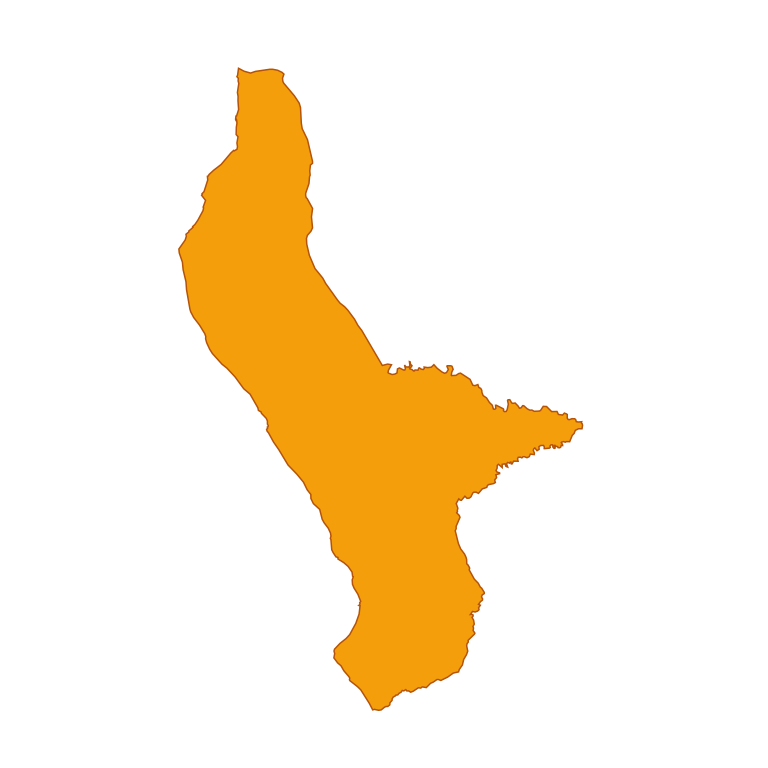 outline of Lautém, Lautém, East Timor, rotated 266°
{"feature_id": "22284137B78833871172178", "entity_name": "Lautém", "entity_type": "district", "adm_level": 2, "iso_a3": "TLS", "parent_name": "East Timor", "parent_adm1": "Lautém", "projection": "orthographic", "projection_center": [126.918, -8.447], "detail": "fine", "context": "isolated", "style": "filled", "palette": "amber", "viewbox_px": 768, "rotation_deg": 266, "n_neighbors": 0, "source": "geoboundaries", "source_scale": "gbopen_adm2", "svg_char_len": 6126}
<svg xmlns="http://www.w3.org/2000/svg" viewBox="0 0 768 768"><g transform="rotate(266 384 384)"><path d="M332.6,578.6L332.5,575.5L333.0,573.2L335.2,572.7L336.0,571.8L336.3,569.1L335.5,566.3L335.8,565.2L337.2,564.4L340.8,564.7L341.4,564.0L342.4,561.9L340.6,560.0L341.3,556.4L341.6,555.8L344.5,554.7L344.8,549.3L350.2,544.6L350.6,541.3L346.8,538.4L346.2,537.3L346.2,535.8L346.3,531.9L347.7,529.7L347.7,527.7L349.3,525.1L352.6,521.9L352.7,520.8L350.7,519.1L350.4,517.4L352.7,516.2L355.9,513.5L355.7,511.2L356.3,510.0L359.6,508.4L359.6,506.6L358.9,506.1L355.2,506.6L349.9,505.1L348.1,504.0L348.1,502.1L349.0,501.3L350.4,501.6L351.0,501.2L355.0,494.5L355.0,493.8L351.8,493.8L351.1,492.7L351.4,491.4L355.3,490.5L358.2,487.9L363.0,485.3L365.5,482.1L368.8,481.1L370.9,481.1L372.9,480.2L373.9,478.4L376.9,477.6L376.0,474.6L376.6,472.5L382.6,470.2L389.5,461.1L389.2,459.2L387.6,456.5L387.7,452.0L388.1,451.7L391.3,452.5L393.8,454.0L396.9,453.1L397.5,452.0L397.8,448.3L397.2,448.0L394.0,449.2L391.0,447.1L390.5,445.1L392.0,442.6L395.9,438.2L399.8,435.1L397.5,432.4L397.3,428.7L398.1,425.2L396.7,425.3L395.7,424.1L396.3,422.0L397.6,420.5L397.5,419.9L395.4,418.8L395.8,416.2L395.6,415.5L395.0,415.3L395.0,414.3L396.5,412.9L397.4,410.7L398.5,411.2L399.2,412.6L400.4,413.2L401.8,411.8L404.3,411.6L404.6,410.9L400.6,411.1L399.2,409.9L399.5,407.1L401.5,405.8L397.7,406.4L396.5,405.7L396.5,404.7L398.9,400.5L398.1,398.5L394.1,397.7L393.1,395.4L392.9,392.7L394.6,389.2L395.1,388.8L397.4,389.4L402.7,392.8L403.6,389.0L402.6,383.6L438.9,365.6L444.2,362.1L450.7,359.1L460.1,353.1L463.7,350.2L467.7,345.8L470.8,343.6L488.4,332.8L493.9,330.3L504.0,323.2L517.6,318.5L528.8,316.7L534.6,316.8L537.7,318.0L541.5,321.8L544.8,323.6L555.8,323.3L564.1,325.0L574.3,320.3L575.5,319.3L577.7,319.0L579.8,319.2L589.1,323.1L596.0,324.2L597.5,324.9L601.7,324.8L607.6,325.9L609.1,328.1L611.2,328.2L633.1,324.7L644.4,320.2L649.9,319.7L665.5,320.0L670.1,319.0L677.7,314.7L691.0,305.0L692.9,304.2L696.2,304.1L700.1,305.8L702.0,304.0L704.4,299.8L705.7,295.0L705.9,291.9L704.8,277.5L703.5,272.6L705.8,266.2L709.1,260.9L702.3,259.5L700.8,258.7L699.1,260.0L696.5,259.6L693.9,260.1L685.0,258.1L681.1,258.5L676.8,258.1L667.9,258.1L661.6,255.6L661.6,255.0L658.4,254.4L657.7,254.6L658.4,255.1L657.7,255.4L654.4,255.5L650.5,254.6L643.1,253.9L640.9,255.6L634.7,254.1L630.9,254.4L628.4,253.7L627.0,250.8L627.5,250.3L625.2,247.4L614.4,236.9L609.2,229.1L605.3,224.2L603.7,223.1L603.5,222.3L599.8,222.4L596.8,221.2L588.5,217.9L586.5,215.7L585.9,215.9L585.0,215.2L579.6,218.8L573.0,215.9L572.3,216.3L569.5,215.5L560.5,209.8L556.3,206.5L554.4,204.1L553.6,204.4L550.3,200.0L549.3,199.9L547.2,196.9L545.1,197.1L541.5,195.7L533.0,188.8L529.0,188.9L519.6,191.4L512.0,191.6L499.8,193.6L491.8,193.6L472.3,195.6L469.5,196.2L463.6,198.8L455.6,204.1L446.7,208.7L443.9,209.5L441.5,209.2L437.5,210.0L430.9,212.5L426.4,214.9L415.0,223.8L410.9,228.3L401.5,235.9L389.1,243.7L383.2,249.7L369.1,256.5L366.4,256.9L364.7,259.4L363.3,259.7L358.0,264.1L355.3,265.1L352.1,264.9L350.5,265.7L349.5,265.4L349.2,264.6L348.0,264.8L346.9,263.7L345.1,264.1L343.3,265.4L333.9,269.7L325.8,274.5L309.9,282.6L300.0,290.9L291.7,296.8L283.8,300.0L278.9,303.3L274.9,303.1L269.6,305.2L263.4,311.1L253.4,312.9L249.7,314.6L244.1,318.3L239.1,320.2L236.0,320.5L233.6,319.7L232.5,320.2L222.3,320.3L219.4,321.5L214.9,324.0L214.2,325.9L212.6,325.9L208.6,331.4L204.5,335.5L198.6,339.0L194.4,339.3L193.9,339.9L190.8,338.6L186.3,338.6L182.5,339.9L176.1,343.3L168.7,345.6L167.5,344.5L166.5,344.8L165.4,344.0L164.9,344.4L164.7,343.7L164.2,344.6L156.2,343.1L147.2,339.2L136.4,332.3L132.7,328.4L128.3,322.0L123.0,316.2L121.1,315.5L118.5,316.0L114.3,314.9L109.0,318.3L106.0,321.4L100.8,323.9L94.6,328.5L93.1,329.3L91.3,328.9L90.3,329.4L84.0,336.4L80.5,339.5L66.4,347.1L59.7,350.0L60.1,351.7L58.9,355.9L59.1,358.5L61.5,361.9L62.1,363.3L62.1,365.3L63.5,367.4L65.6,367.7L67.9,370.0L69.4,370.2L71.0,371.3L72.2,373.8L72.8,374.1L72.9,376.0L74.5,377.6L75.2,379.4L77.0,380.8L76.5,382.4L77.6,384.4L76.2,385.4L76.1,387.2L74.7,389.1L75.4,391.5L78.6,397.2L78.1,399.5L79.2,401.0L78.2,405.0L82.2,409.6L83.2,412.4L85.5,416.2L85.4,417.7L84.3,420.0L87.2,427.1L90.8,432.9L91.6,438.3L94.0,439.2L98.2,442.6L103.7,444.3L108.2,447.4L111.7,448.9L117.0,448.2L119.2,448.7L120.7,450.1L122.4,450.0L128.1,456.7L129.1,457.3L131.9,455.7L134.4,456.3L135.8,455.8L138.2,457.3L142.2,456.9L145.1,455.5L145.9,456.5L147.3,456.8L148.2,455.3L148.1,454.1L150.9,456.4L150.2,459.0L150.9,461.4L151.9,462.8L152.6,463.1L154.1,462.7L156.6,464.7L157.6,462.9L160.2,465.1L161.5,467.1L162.7,467.4L164.8,466.4L166.8,467.3L167.9,469.4L169.1,469.5L173.5,467.2L174.7,465.9L178.7,464.1L183.0,460.5L192.7,456.0L194.3,456.6L195.0,456.4L197.6,455.2L198.9,454.0L202.9,454.2L205.2,453.8L208.7,452.5L214.1,449.0L219.6,447.1L232.7,444.8L234.6,445.9L236.9,446.0L245.7,450.5L247.6,449.9L250.5,447.5L251.5,448.4L252.3,448.2L255.0,449.0L259.7,447.7L264.2,450.6L262.9,451.8L262.6,453.1L266.4,456.9L264.2,458.8L264.2,461.0L265.3,462.8L269.1,465.0L269.8,466.1L269.7,468.3L268.3,470.6L272.5,474.7L273.7,479.3L275.2,479.9L276.3,481.1L277.0,486.3L277.9,488.2L280.6,487.7L282.8,489.8L285.7,489.3L286.5,493.1L287.3,493.1L288.3,490.6L289.8,489.7L292.2,491.0L294.7,491.2L295.7,492.1L295.9,492.6L292.4,496.1L295.6,496.3L296.0,499.1L293.3,499.9L292.5,501.6L295.8,500.7L297.1,501.8L296.3,503.8L297.2,504.4L297.3,505.1L295.4,505.4L295.3,506.1L298.0,507.9L297.6,512.4L300.1,512.0L301.5,512.8L301.5,514.9L300.7,516.4L301.6,517.4L301.8,518.7L300.5,521.5L301.4,523.8L303.9,525.1L303.1,528.9L304.6,529.2L307.4,528.3L308.9,528.9L309.7,530.0L306.8,532.0L308.0,534.2L310.7,534.2L311.7,536.0L311.6,538.9L310.0,539.5L308.4,539.3L308.3,539.8L308.5,544.6L309.0,545.4L310.5,545.2L311.7,546.5L311.5,547.9L309.2,548.1L307.9,549.1L307.9,550.0L308.5,550.3L310.3,549.5L310.8,549.6L310.9,550.3L309.8,551.3L309.5,552.8L308.4,553.1L308.1,554.8L308.6,555.8L310.4,556.5L310.1,557.9L311.2,557.9L313.1,556.7L313.6,557.0L314.0,559.3L313.3,560.7L313.8,561.9L313.5,565.2L319.6,568.2L321.4,570.2L324.4,571.6L325.8,575.0L325.5,578.4L329.0,579.2L330.6,578.9L331.3,578.2L332.6,578.6Z" fill="#f59e0b" stroke="#b45309" stroke-width="1.5"/></g></svg>